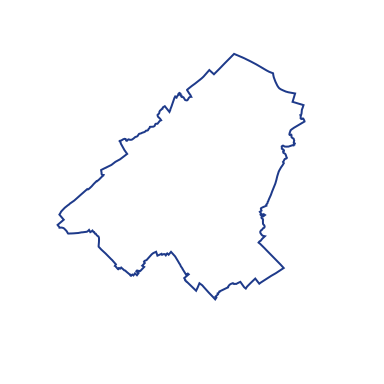 the district of Tieu Can, Trà Vinh, Vietnam, rotated 157°
{"feature_id": "81297802B7308282486980", "entity_name": "Tieu Can", "entity_type": "district", "adm_level": 2, "iso_a3": "VNM", "parent_name": "Vietnam", "parent_adm1": "Trà Vinh", "projection": "mercator", "projection_center": [106.203, 9.81], "detail": "fine", "context": "isolated", "style": "outline", "palette": "blue", "viewbox_px": 384, "rotation_deg": 157, "n_neighbors": 0, "source": "geoboundaries", "source_scale": "gbopen_adm2", "svg_char_len": 5993}
<svg xmlns="http://www.w3.org/2000/svg" viewBox="0 0 384 384"><g transform="rotate(157 192 192)"><path d="M142.2,122.8L143.6,123.8L144.0,124.2L144.4,124.9L144.6,125.4L145.0,127.2L145.0,127.9L144.8,128.4L144.6,128.9L143.6,129.6L143.2,129.8L142.2,129.9L141.2,130.6L140.9,130.8L139.5,130.9L139.2,131.1L138.7,131.7L138.6,132.0L138.5,133.0L139.0,134.4L139.0,135.1L138.0,137.8L137.5,138.5L137.4,139.3L137.4,139.5L138.1,140.6L138.1,141.0L138.0,141.5L137.6,141.9L137.3,142.0L136.6,142.0L136.0,141.7L135.7,141.8L133.8,142.3L134.3,143.1L134.9,143.7L135.2,143.8L136.0,143.8L136.8,143.4L137.1,143.4L137.6,143.7L137.8,144.4L136.9,145.3L136.8,145.5L137.3,147.2L135.3,147.7L135.2,149.6L135.0,149.9L134.8,150.1L133.1,150.3L128.8,150.3L128.6,151.3L128.3,151.5L127.2,152.0L126.8,152.3L126.2,153.3L125.5,153.7L124.2,155.1L120.5,158.5L118.2,161.0L112.0,167.2L109.1,170.8L109.0,171.0L107.2,173.4L104.2,176.9L102.9,178.0L100.4,179.9L98.1,181.3L96.2,182.7L96.5,184.1L95.6,184.6L94.2,185.8L93.7,186.1L92.0,186.0L91.5,186.2L91.3,186.4L91.4,187.3L91.2,189.0L91.2,190.2L91.4,190.9L92.5,192.3L92.5,192.6L92.4,193.4L92.2,193.9L91.8,194.0L91.3,193.9L91.1,194.3L91.1,194.6L91.6,195.8L92.4,196.7L92.3,197.0L91.7,198.4L91.6,198.9L90.5,199.2L90.1,199.1L89.7,198.8L89.4,198.1L88.7,197.5L87.0,196.7L85.4,196.1L81.4,195.8L80.5,195.3L80.3,195.7L80.0,195.9L79.5,195.5L79.3,195.5L78.9,196.2L78.4,196.5L78.5,196.8L79.1,197.1L79.1,197.6L78.9,198.0L77.8,199.5L77.8,200.5L77.6,201.2L77.7,201.6L78.5,202.5L78.9,203.4L78.9,203.9L78.3,205.2L78.2,206.0L78.7,206.2L79.6,206.2L79.8,206.4L79.9,206.8L79.7,207.2L79.2,208.0L77.1,210.3L75.8,210.7L73.0,211.3L60.9,212.9L60.7,213.9L60.9,216.1L61.3,216.4L62.2,216.2L62.5,216.3L63.1,216.9L63.2,217.6L62.8,218.0L62.6,218.7L62.2,219.6L62.2,220.1L61.8,219.9L60.5,221.5L58.7,224.8L57.5,226.0L55.4,228.4L64.2,235.7L58.6,242.4L64.4,246.2L66.4,247.8L68.5,250.0L70.1,251.8L71.1,253.3L71.5,254.5L71.9,256.6L72.1,261.0L71.9,265.6L71.5,267.8L71.0,269.6L73.9,272.4L75.8,274.7L83.0,284.4L87.0,289.3L92.1,295.2L99.3,302.7L111.3,297.8L119.1,294.5L125.8,291.8L128.4,297.5L136.3,293.7L138.8,292.8L146.8,290.6L150.7,289.7L155.0,288.5L156.6,288.0L156.7,287.8L156.1,284.1L155.6,282.0L155.5,279.9L156.5,280.3L157.6,280.1L158.4,279.7L159.8,278.6L160.5,278.3L161.3,278.5L162.3,279.3L162.4,279.5L162.8,282.2L162.9,282.6L163.1,282.8L163.8,283.1L164.4,283.6L164.5,283.9L164.0,284.4L164.0,285.0L164.7,285.2L164.9,285.5L164.9,285.8L164.8,286.1L164.2,286.8L164.2,287.1L164.9,288.1L165.8,287.8L166.4,287.4L166.3,286.8L169.0,285.6L169.2,284.9L169.4,284.8L169.5,284.9L169.8,286.0L170.1,286.5L171.3,285.6L177.7,278.5L179.7,276.5L180.0,275.9L181.5,274.5L183.5,281.6L185.6,281.3L186.1,281.0L186.5,280.2L186.9,280.1L187.6,280.2L188.1,279.8L189.0,279.6L189.8,279.3L190.8,278.4L191.1,277.7L191.6,277.2L192.0,277.0L193.5,276.5L193.6,276.4L193.8,275.8L193.9,274.7L192.7,271.8L192.4,270.1L193.3,270.1L194.2,269.9L197.1,268.3L198.5,268.9L199.0,268.9L199.4,268.6L200.5,267.5L200.9,267.3L201.7,267.3L202.4,267.3L205.1,268.4L205.3,268.4L205.7,267.9L206.2,267.4L207.3,267.0L208.4,266.1L208.8,266.0L210.4,266.4L210.6,266.4L211.2,266.0L211.7,265.9L212.8,265.8L214.5,266.0L216.2,265.9L217.9,266.2L218.2,266.1L219.0,265.6L220.4,264.7L221.5,264.6L222.4,264.8L222.9,264.7L223.4,264.6L224.5,264.2L226.2,263.8L226.9,263.7L227.8,263.9L228.7,264.3L229.7,265.2L230.1,265.3L230.4,265.2L231.6,264.6L232.0,264.6L232.3,264.8L232.5,265.1L232.4,266.3L232.4,266.7L233.3,267.3L234.9,267.4L235.6,267.2L238.1,267.1L238.6,267.3L238.8,267.2L238.8,266.9L238.3,265.9L238.6,264.4L237.8,256.9L236.8,252.4L245.5,250.2L250.7,249.7L255.6,248.4L267.0,247.8L267.3,247.1L267.6,245.4L268.0,244.5L268.2,243.7L268.1,243.2L267.9,243.0L267.4,242.5L266.8,242.2L267.2,241.8L268.0,241.7L272.9,239.7L275.4,239.0L275.6,239.3L279.3,237.8L282.2,236.4L285.2,235.3L286.1,235.1L286.8,235.0L287.0,235.1L287.3,235.6L296.1,232.7L303.8,230.1L308.6,229.1L309.1,229.0L309.9,228.6L311.4,228.3L315.3,227.2L318.6,225.8L320.3,225.0L321.2,224.2L322.9,223.0L320.9,216.6L328.6,214.2L328.5,213.7L327.9,211.8L327.8,211.2L327.9,210.9L326.7,210.5L325.6,210.0L324.4,209.0L323.9,208.2L322.8,205.3L322.5,203.6L322.4,202.4L322.2,202.1L317.7,200.4L312.7,198.7L309.4,198.0L308.3,197.6L304.3,196.5L303.0,196.7L301.6,197.3L301.3,194.8L299.9,195.0L298.7,195.4L298.2,193.3L298.1,193.2L297.7,193.2L297.5,191.5L296.9,191.2L296.8,190.9L296.8,190.4L296.5,189.3L296.0,188.3L295.5,187.7L295.5,186.8L295.6,186.0L296.1,184.7L297.2,182.3L299.0,178.9L299.3,178.1L298.0,174.5L295.6,169.2L292.6,161.6L292.2,160.8L290.3,155.1L291.8,154.1L291.6,153.9L290.3,150.0L290.1,149.7L289.8,149.7L289.3,150.4L289.1,150.6L288.9,150.6L287.8,149.5L286.7,150.1L285.3,147.2L285.0,146.5L284.9,146.3L284.2,145.8L284.0,145.5L283.8,144.8L281.9,141.1L281.1,140.1L281.0,139.6L281.3,139.3L280.9,138.7L279.2,139.3L278.5,138.1L276.3,139.4L275.2,136.9L273.1,138.1L274.2,140.8L273.2,141.2L272.7,140.7L272.4,140.6L272.1,139.9L271.4,139.9L271.2,139.4L270.2,139.6L265.3,141.7L266.6,143.6L263.2,145.1L263.5,146.5L262.6,147.1L260.4,147.1L253.4,150.4L251.5,150.9L248.4,151.0L248.7,146.9L244.2,147.0L244.1,145.9L242.5,145.9L241.4,145.5L240.9,143.9L239.8,144.6L239.3,145.1L239.1,145.5L239.1,145.9L238.0,143.4L234.7,145.1L232.7,139.3L231.8,133.0L231.6,131.1L231.4,130.5L231.3,129.5L231.3,128.0L230.7,125.2L230.8,124.9L229.8,118.5L229.2,118.6L228.8,118.1L227.7,118.5L227.2,117.5L232.8,115.8L232.5,113.7L232.8,113.6L232.8,113.3L232.1,111.5L231.9,111.5L226.8,99.5L224.3,101.7L220.8,105.1L219.0,102.1L218.3,99.9L215.9,92.9L213.7,87.2L212.6,84.1L210.8,85.3L211.2,86.5L208.0,87.7L208.0,88.6L207.6,88.6L205.8,89.2L205.7,89.7L197.8,90.1L196.1,90.1L196.0,90.6L194.5,91.5L193.7,91.9L192.8,92.1L191.6,92.2L190.0,92.1L189.9,91.5L189.5,91.1L189.1,90.8L188.5,90.8L187.3,90.1L185.0,90.3L182.6,90.4L181.2,84.0L180.2,82.1L178.3,83.4L173.4,85.4L167.6,87.6L165.9,81.3L163.9,81.8L151.7,83.9L146.6,84.5L137.3,86.2L138.8,90.5L146.3,109.6L147.2,112.0L149.5,117.6L150.5,119.4L149.5,120.0L148.8,120.2L147.8,120.3L145.7,121.5L142.2,122.8Z" fill="none" stroke="#1e3a8a" stroke-width="2"/></g></svg>